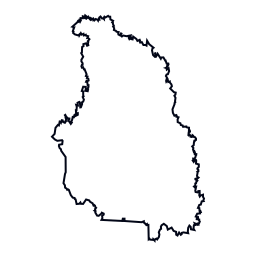 the district of Montería, Córdoba, Colombia
{"feature_id": "7082276B30491480162439", "entity_name": "Montería", "entity_type": "district", "adm_level": 2, "iso_a3": "COL", "parent_name": "Colombia", "parent_adm1": "Córdoba", "projection": "equal_earth", "projection_center": [-75.989, 8.611], "detail": "fine", "context": "isolated", "style": "outline", "palette": "ink", "viewbox_px": 256, "rotation_deg": 0, "n_neighbors": 0, "source": "geoboundaries", "source_scale": "gbopen_adm2", "svg_char_len": 5711}
<svg xmlns="http://www.w3.org/2000/svg" viewBox="0 0 256 256"><path d="M72.7,197.6L74.6,198.0L74.8,199.0L75.6,199.4L76.6,204.0L79.2,203.8L80.4,202.5L80.9,203.8L83.1,203.9L86.1,199.5L89.2,200.4L90.1,201.8L92.6,203.3L93.5,205.5L94.2,205.0L95.0,205.7L95.3,207.0L96.1,207.8L95.0,209.1L95.4,210.6L94.7,210.8L95.5,211.5L95.3,212.6L97.1,215.6L98.7,215.8L101.4,213.6L101.8,212.7L103.7,213.6L103.7,214.6L102.1,215.9L102.4,218.2L101.5,219.9L123.0,221.0L123.3,220.6L122.5,220.0L122.8,218.7L124.5,218.7L124.5,221.0L141.6,222.2L143.8,221.3L143.8,222.6L144.5,222.8L145.8,224.5L146.9,224.0L146.9,225.1L148.4,224.9L148.7,239.2L149.4,238.6L150.0,239.6L153.0,239.9L153.2,239.1L154.6,240.6L154.7,239.5L156.5,238.6L157.2,239.4L158.9,237.0L159.4,234.4L158.8,232.3L160.0,229.6L161.1,228.8L160.9,226.7L161.6,225.3L163.8,223.8L166.8,226.1L167.8,229.6L171.6,227.6L173.6,230.9L176.1,231.8L176.2,234.7L177.5,235.5L179.1,232.5L180.8,234.8L181.7,234.1L181.9,232.8L183.5,232.4L188.2,233.2L187.8,231.7L188.2,227.8L189.4,225.6L190.7,226.9L191.0,229.3L194.3,230.0L193.5,228.5L193.9,225.2L195.4,225.0L194.7,223.3L196.4,224.0L197.6,223.6L197.8,224.8L198.5,224.7L198.1,223.4L199.1,223.2L199.8,221.5L199.1,220.5L199.2,219.6L197.4,219.3L198.1,218.6L198.0,217.3L196.8,217.9L196.8,216.7L195.8,216.5L197.2,213.7L200.0,213.4L199.8,212.2L200.8,212.1L200.3,210.7L199.5,210.5L199.3,208.1L198.0,207.9L199.3,204.9L200.8,204.6L201.7,201.4L203.6,201.1L203.3,200.6L204.0,198.6L203.0,196.8L203.0,194.7L200.6,195.5L199.8,196.5L199.2,195.0L199.7,194.2L199.6,191.0L198.3,191.1L198.2,192.5L195.6,192.0L195.3,190.6L196.0,187.2L195.1,187.7L194.0,186.5L195.3,185.7L195.3,183.5L196.1,183.1L196.3,181.9L197.3,180.7L195.4,179.4L195.4,178.8L196.3,178.6L196.5,179.4L198.5,177.6L197.3,176.8L197.0,175.8L197.7,172.1L197.4,171.8L198.4,171.2L198.3,169.8L197.6,169.4L197.4,168.4L198.8,166.9L198.8,164.4L196.0,163.6L196.2,160.6L195.9,159.9L194.9,160.0L193.7,161.9L192.7,160.5L193.4,159.9L193.2,158.6L194.6,158.7L195.6,156.7L195.6,155.2L196.2,155.0L196.3,154.1L194.8,154.0L194.9,152.5L194.5,152.5L194.3,151.4L193.8,151.8L193.0,149.3L193.4,148.0L192.2,146.4L193.7,145.2L194.0,141.9L194.6,141.4L194.4,140.6L196.0,139.9L196.0,138.6L195.0,137.2L193.0,136.7L193.2,135.7L192.5,135.2L192.2,136.8L191.6,137.0L190.6,136.7L190.8,136.1L189.7,134.7L188.8,135.5L188.4,135.2L188.7,132.4L190.0,131.7L190.0,131.1L189.6,130.3L188.9,131.2L189.0,127.7L187.3,127.5L186.4,127.1L186.3,126.5L183.1,126.8L182.7,125.5L180.8,125.0L180.4,123.3L177.7,122.1L177.6,119.4L178.5,117.3L176.4,116.7L176.6,115.4L176.2,115.0L174.4,115.7L172.9,112.8L172.5,109.3L174.6,104.0L174.5,103.1L175.3,102.2L175.0,101.4L175.5,97.8L174.4,95.7L175.4,94.6L175.7,92.6L174.0,92.2L170.2,88.5L171.9,86.2L171.4,84.4L169.8,82.4L169.8,81.5L168.3,82.0L167.8,79.9L166.3,81.7L166.1,80.9L167.0,77.7L165.9,76.0L166.6,74.5L167.9,74.2L169.1,71.1L168.6,68.3L166.8,69.6L166.6,68.2L165.8,67.9L166.6,67.6L167.2,65.7L167.7,66.1L168.5,64.4L168.3,63.5L166.6,63.5L165.6,60.6L165.3,60.7L163.4,57.4L161.3,57.5L160.8,58.7L157.6,53.7L156.3,56.2L155.9,55.9L155.1,53.8L155.7,52.3L155.0,53.7L155.9,56.0L155.7,56.8L155.0,56.9L153.1,55.1L152.0,50.4L152.5,48.4L153.5,47.7L149.2,44.2L147.1,40.7L146.5,45.6L145.5,45.0L143.4,45.0L141.8,42.1L140.2,42.6L139.5,40.9L140.0,40.5L139.7,39.8L137.4,40.9L136.4,39.0L133.2,36.6L132.6,39.4L131.7,39.2L132.0,38.2L130.6,36.8L130.1,37.4L130.4,38.4L129.4,39.2L128.7,37.8L128.9,37.2L129.9,37.3L130.7,35.4L126.5,36.2L123.1,35.5L121.9,36.5L120.5,35.2L121.4,33.6L121.0,33.4L119.9,35.3L118.4,34.5L118.2,33.2L118.6,32.1L116.5,31.7L115.9,30.8L113.9,30.0L114.2,28.2L113.1,26.5L113.9,25.9L113.0,24.2L112.9,22.7L112.2,22.4L113.1,20.8L110.4,19.4L110.2,16.7L108.7,16.6L108.1,15.9L105.4,17.5L104.4,16.7L103.8,17.7L103.9,19.0L103.3,18.4L102.1,18.5L100.5,16.5L99.3,17.5L99.4,19.5L98.6,19.1L98.1,20.6L97.6,19.8L95.7,19.0L94.6,20.2L94.3,19.6L93.4,20.2L93.1,18.6L90.8,20.0L90.4,19.6L91.1,18.3L90.2,17.8L89.5,18.7L88.4,17.0L88.0,17.9L86.4,17.8L86.2,18.6L84.6,18.0L84.5,17.2L86.3,17.7L86.6,16.5L85.2,15.4L84.8,16.9L82.8,16.3L82.8,18.2L80.5,18.1L80.3,19.1L80.9,20.2L80.0,21.9L79.0,20.4L78.4,21.6L77.9,21.2L77.3,22.3L72.4,26.7L73.4,26.9L73.5,28.1L74.0,27.9L72.8,31.2L73.5,31.7L73.1,32.9L74.9,34.4L78.3,35.4L79.4,34.4L79.5,35.2L80.8,33.1L81.6,34.6L83.5,33.8L83.8,35.4L85.7,34.8L85.7,35.5L88.1,36.2L87.4,37.9L87.9,37.8L89.4,39.2L87.8,41.2L88.3,41.8L87.9,43.6L88.3,45.2L87.1,45.7L86.1,43.3L83.4,44.1L83.5,46.2L82.1,47.0L81.9,52.5L81.2,53.1L83.2,56.7L81.4,59.8L81.4,61.4L82.6,63.2L82.6,64.8L81.9,64.9L81.4,66.3L82.0,67.7L83.1,67.3L84.0,69.4L84.6,69.3L86.6,74.3L85.9,76.0L87.5,76.5L86.9,78.1L88.3,78.7L88.6,80.5L87.1,81.3L86.5,80.9L86.1,81.8L87.2,81.9L87.7,85.3L88.5,85.2L88.5,87.0L87.2,89.2L88.1,89.4L87.7,91.2L85.3,90.8L85.8,89.1L85.7,86.9L83.2,86.7L81.8,91.0L83.2,91.4L83.2,95.6L83.6,96.2L82.7,97.0L83.9,99.6L83.2,101.6L82.0,102.3L82.1,104.1L80.9,107.3L80.3,107.4L79.9,102.5L79.3,101.9L77.5,102.8L77.9,105.4L76.2,104.9L76.8,106.9L76.5,110.2L75.9,110.2L76.0,112.3L76.9,112.9L76.2,113.5L77.2,114.0L77.8,113.6L77.8,114.8L76.4,115.5L76.4,114.6L75.2,114.7L74.5,115.1L74.9,116.0L74.0,117.1L73.5,116.5L72.7,116.9L72.1,120.0L71.1,121.4L71.9,122.4L70.8,123.9L68.8,120.9L68.2,120.8L68.3,119.6L69.4,119.1L69.4,118.5L68.2,118.5L66.2,116.7L65.3,114.9L64.9,115.2L65.8,116.8L65.5,117.7L66.2,119.2L65.7,120.7L66.0,121.1L64.9,122.8L63.3,122.1L63.4,121.5L62.3,120.8L62.4,120.3L61.8,120.2L61.0,122.6L60.5,121.7L59.7,121.5L58.9,125.4L57.9,124.9L55.5,127.8L54.6,133.9L52.0,136.7L54.9,139.5L57.3,140.8L62.1,140.2L62.6,140.9L62.2,144.2L59.1,144.7L58.9,146.0L59.7,148.2L60.9,149.2L61.2,150.8L65.6,157.0L65.7,172.2L65.0,174.0L63.5,183.2L64.9,185.3L65.1,187.6L66.7,188.7L67.2,189.8L68.1,189.4L68.8,189.8L70.8,195.1L72.7,197.6Z" fill="none" stroke="#020617" stroke-width="2"/></svg>